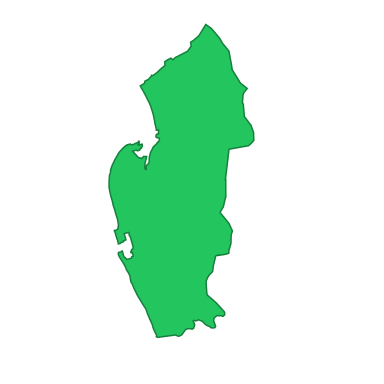 the district of Kota Lhokseumawe, Aceh, Indonesia, rotated 229°
{"feature_id": "22746128B88010078110453", "entity_name": "Kota Lhokseumawe", "entity_type": "district", "adm_level": 2, "iso_a3": "IDN", "parent_name": "Indonesia", "parent_adm1": "Aceh", "projection": "orthographic", "projection_center": [97.116, 5.162], "detail": "fine", "context": "isolated", "style": "filled", "palette": "green", "viewbox_px": 384, "rotation_deg": 229, "n_neighbors": 0, "source": "geoboundaries", "source_scale": "gbopen_adm2", "svg_char_len": 5734}
<svg xmlns="http://www.w3.org/2000/svg" viewBox="0 0 384 384"><g transform="rotate(229 192 192)"><path d="M306.1,222.6L304.9,222.3L302.7,221.8L301.6,221.7L299.9,221.4L297.9,220.8L297.2,220.8L296.0,220.4L292.5,219.6L291.0,219.1L288.2,218.5L284.1,217.2L281.4,216.0L279.9,215.4L276.8,214.0L274.8,213.0L272.6,211.7L270.7,210.7L267.8,208.8L266.4,208.2L265.3,207.6L262.7,206.2L262.2,205.6L261.9,205.8L261.6,206.3L261.3,206.5L261.1,207.2L260.8,207.5L260.7,207.4L259.9,206.6L258.4,205.4L258.1,205.3L258.0,205.1L257.9,204.9L258.1,204.4L258.7,203.5L258.8,203.3L258.8,203.1L258.6,202.7L258.0,201.6L257.4,201.1L256.7,200.9L256.3,201.0L255.7,201.4L255.2,201.7L254.6,202.3L254.3,202.5L253.2,202.2L253.0,201.8L252.5,201.0L251.8,199.3L251.8,199.2L252.1,199.0L252.1,198.8L251.9,197.6L251.5,196.2L251.5,195.0L251.5,193.2L251.1,191.4L250.5,190.3L249.1,186.8L248.7,186.1L247.8,184.7L246.1,182.5L244.6,181.0L243.5,180.1L242.7,179.1L242.2,178.2L242.1,177.7L241.9,177.1L241.9,175.6L242.0,175.4L241.7,174.6L241.4,174.1L241.0,173.7L239.1,172.5L239.1,172.1L239.3,171.9L239.8,171.7L240.5,171.9L241.6,172.6L243.1,174.0L243.9,174.8L245.0,176.1L248.5,181.1L249.6,179.9L250.6,178.8L250.6,178.1L250.3,177.7L250.2,177.4L250.4,175.7L250.8,175.6L251.2,175.7L251.8,175.2L252.4,174.5L253.1,174.1L257.3,174.1L260.4,173.9L261.7,173.9L260.4,176.9L259.2,178.1L258.9,177.9L258.5,178.5L258.1,179.6L258.1,180.2L258.1,180.7L258.2,181.1L258.7,181.5L258.3,182.7L258.4,183.0L258.8,183.0L259.2,183.4L259.2,183.7L259.1,184.2L259.2,184.4L259.5,184.7L260.0,184.9L260.1,185.0L260.0,185.3L260.8,185.8L261.0,185.6L261.1,185.4L262.5,182.1L262.8,182.1L263.3,182.4L263.4,182.6L263.2,183.1L263.2,183.3L263.3,184.1L263.7,184.4L264.6,184.8L264.6,185.1L264.7,185.3L265.2,185.3L265.4,184.9L265.0,184.4L264.9,184.1L264.9,183.6L265.3,182.7L265.9,181.0L266.0,179.8L266.2,179.3L266.4,178.7L266.5,178.5L266.6,178.4L266.8,178.4L266.9,177.9L267.0,177.7L268.0,176.9L268.3,176.9L268.5,177.0L268.7,176.8L269.6,175.2L269.7,174.1L269.9,173.9L270.1,174.0L270.2,173.8L270.4,172.4L270.5,170.8L270.5,169.7L269.8,163.2L269.3,161.5L268.6,159.6L266.8,154.5L266.5,153.7L265.3,151.2L264.9,150.1L263.4,147.2L262.3,145.5L261.5,144.4L261.2,144.4L259.5,142.3L259.3,141.9L259.2,141.3L258.9,140.9L258.2,140.1L256.9,138.9L255.1,137.0L251.5,133.8L250.8,133.2L249.2,132.0L246.5,130.4L243.0,128.5L240.7,127.3L238.3,126.3L235.7,125.0L234.1,124.0L231.1,122.7L229.3,122.0L225.9,120.3L221.5,118.4L219.4,117.4L217.4,116.1L216.6,115.7L215.6,115.0L215.2,114.7L214.9,114.2L214.0,113.5L213.1,112.1L212.9,111.8L212.8,110.5L213.0,110.0L213.0,109.4L213.3,108.7L214.0,108.3L214.0,108.2L213.4,107.9L213.0,107.7L212.3,107.6L211.0,106.9L210.2,106.7L209.6,106.3L208.9,105.9L208.1,105.7L206.5,104.9L204.1,104.0L203.0,103.4L201.9,102.9L201.2,102.3L200.2,104.2L200.2,104.6L200.4,105.2L200.3,105.5L200.1,106.1L199.4,107.4L199.4,107.7L200.1,108.1L199.2,110.6L199.4,110.9L204.0,113.0L205.0,113.4L205.1,113.5L203.0,117.7L202.9,117.8L202.6,117.7L202.2,117.5L201.2,116.6L200.9,116.4L199.7,116.0L198.8,116.0L198.0,115.8L197.6,115.6L196.6,115.0L192.8,113.3L190.2,112.0L189.2,111.4L188.3,110.7L188.0,110.3L187.9,109.9L187.9,109.6L188.2,108.7L188.1,108.4L187.2,107.8L187.0,107.6L187.2,106.8L187.1,106.6L186.8,106.4L186.4,106.3L185.9,106.3L185.6,106.5L185.7,107.0L185.4,107.2L183.6,106.3L182.2,105.5L182.1,105.4L182.1,105.1L182.6,104.1L182.6,103.9L182.5,103.7L181.9,103.2L181.8,102.9L183.5,99.1L183.8,98.8L183.9,98.7L186.7,98.5L186.9,98.4L187.0,98.1L187.5,98.0L188.4,98.4L192.7,100.5L193.4,100.6L193.5,100.5L193.3,99.4L193.4,99.1L194.4,97.3L194.5,96.9L194.5,96.6L194.2,96.2L193.6,95.7L192.7,95.3L191.6,94.9L189.6,94.4L184.5,93.7L180.6,92.9L178.8,92.5L176.5,91.6L174.4,91.2L172.7,91.0L170.2,90.3L169.6,90.1L168.8,89.7L164.6,87.1L162.7,86.6L161.9,86.6L161.7,86.6L159.4,85.7L157.7,85.2L156.9,84.8L155.9,84.8L154.7,84.2L153.6,84.1L152.2,83.6L150.2,83.1L147.3,82.5L145.6,82.3L140.2,81.3L134.0,80.4L133.4,80.2L130.2,78.9L129.6,78.6L127.2,77.9L123.4,76.6L120.8,75.9L118.0,75.0L116.7,74.4L114.5,73.3L113.7,73.2L112.9,72.8L111.0,72.3L110.4,72.0L109.1,71.9L108.7,71.8L108.1,71.5L107.2,71.3L107.0,71.2L106.7,70.9L106.1,70.1L104.7,70.9L94.7,86.0L92.5,86.7L91.4,88.2L90.9,90.8L92.3,96.5L91.9,98.7L90.1,100.9L88.4,102.1L88.1,103.9L90.2,107.1L92.1,107.8L93.8,108.1L94.1,108.8L93.5,109.5L92.1,110.4L91.9,111.2L91.6,111.7L91.2,113.2L89.4,114.0L88.1,114.9L86.3,115.0L84.3,115.1L82.1,115.5L80.3,116.3L78.9,117.1L78.0,117.1L76.7,117.5L75.5,118.8L74.6,120.2L75.0,121.6L77.0,122.5L79.6,123.4L81.4,124.6L82.4,126.4L82.4,128.6L82.0,130.2L80.6,131.4L79.3,133.1L78.3,133.4L77.8,133.9L77.8,135.8L78.7,137.0L80.4,137.8L84.0,137.7L86.2,137.8L87.2,137.6L88.7,137.7L90.1,137.5L91.1,137.7L91.8,137.5L93.1,137.5L95.3,137.1L96.5,137.1L97.6,136.8L98.7,136.8L101.2,136.3L102.6,136.2L103.6,135.9L104.3,136.0L105.9,136.8L114.0,142.9L115.6,144.4L117.4,148.2L118.1,151.1L118.4,155.3L122.7,160.2L126.6,165.8L127.8,167.0L128.1,168.6L126.5,170.8L126.9,170.9L125.0,173.1L122.9,176.7L121.6,179.5L123.4,181.2L127.6,187.6L134.0,193.5L136.0,196.9L144.0,199.3L158.1,199.7L158.1,199.4L160.3,206.0L165.8,213.6L165.8,214.0L179.1,225.5L179.3,225.2L200.0,248.0L189.8,265.1L189.9,269.1L190.4,272.5L196.5,277.5L203.7,280.3L214.6,281.0L224.7,288.4L225.9,288.3L231.9,294.3L233.0,296.5L233.9,301.6L242.2,300.0L258.3,302.6L258.2,302.8L263.2,305.9L274.1,312.3L284.4,312.6L289.7,313.7L296.7,313.9L302.8,313.9L309.4,312.3L306.6,303.5L305.4,299.5L305.5,291.9L306.0,289.2L302.7,287.2L301.2,281.4L301.5,279.6L304.4,267.8L304.4,264.3L306.9,263.9L307.8,260.3L307.7,260.3L308.2,256.9L305.2,254.7L305.4,250.6L305.1,243.9L305.2,241.8L305.7,238.6L306.6,238.0L306.2,237.7L305.6,232.6L306.3,230.4L306.5,229.0L306.3,228.7L305.6,228.1L305.3,227.7L305.4,225.9L306.1,222.6Z" fill="#22c55e" stroke="#15803d" stroke-width="1.5"/></g></svg>